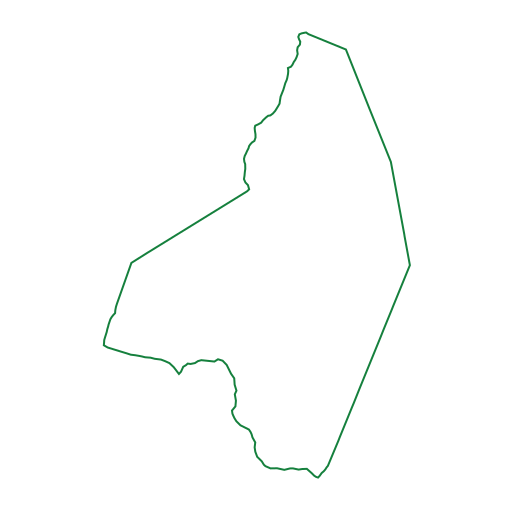 Abaré, Bahia, Brazil, rotated 179°
{"feature_id": "56859067B80599784760755", "entity_name": "Abaré", "entity_type": "district", "adm_level": 2, "iso_a3": "BRA", "parent_name": "Brazil", "parent_adm1": "Bahia", "projection": "mercator", "projection_center": [-39.262, -8.852], "detail": "fine", "context": "isolated", "style": "outline", "palette": "green", "viewbox_px": 512, "rotation_deg": 179, "n_neighbors": 0, "source": "geoboundaries", "source_scale": "gbopen_adm2", "svg_char_len": 2181}
<svg xmlns="http://www.w3.org/2000/svg" viewBox="0 0 512 512"><g transform="rotate(179 256 256)"><path d="M260.1,60.3L258.3,55.2L253.8,50.6L251.8,47.2L250.2,45.7L245.2,43.4L238.6,43.4L231.4,41.7L225.7,43.0L222.8,43.0L217.1,41.7L213.6,42.2L208.9,42.3L204.1,37.9L201.6,35.3L199.8,34.1L197.8,33.4L196.1,35.2L194.1,37.9L192.0,39.6L190.4,41.4L189.1,43.4L187.8,44.9L176.8,70.0L175.5,73.2L162.7,103.0L160.8,107.3L154.5,122.3L132.7,173.1L129.9,179.8L120.9,200.7L120.0,202.9L102.3,244.1L107.1,273.0L107.4,275.3L119.5,347.7L140.1,401.6L162.5,460.9L199.7,476.9L202.0,478.6L204.0,478.3L206.5,477.8L208.8,476.9L209.9,474.3L209.1,471.8L208.0,469.5L208.4,466.6L210.7,464.0L211.3,461.0L210.8,457.3L212.0,454.0L213.3,451.4L214.8,449.4L216.2,446.6L217.8,444.6L220.8,443.4L220.5,440.5L220.8,437.5L221.7,433.2L222.3,431.3L223.7,428.3L224.8,424.7L225.8,421.6L227.1,418.5L228.6,414.9L229.3,411.1L229.8,407.9L231.1,405.7L232.5,403.5L234.3,400.7L236.7,398.1L239.2,396.3L241.4,396.0L243.4,394.5L246.6,391.6L248.5,389.2L251.5,387.6L254.5,386.3L255.1,384.1L254.9,381.2L254.4,377.8L254.4,374.4L255.6,371.1L258.0,369.6L259.7,367.8L261.0,366.0L261.6,363.9L263.2,360.9L264.3,358.5L265.5,356.3L266.3,353.4L266.0,350.4L265.2,348.0L265.2,345.7L265.2,343.3L265.7,340.1L266.1,336.4L266.7,333.1L265.3,329.7L262.8,327.0L261.7,322.8L263.7,320.9L355.4,266.5L361.6,262.8L364.2,261.3L380.7,251.3L395.9,210.6L396.9,207.6L397.6,204.3L397.9,201.3L399.7,199.5L401.4,197.4L402.7,195.3L403.6,192.8L404.6,190.0L405.1,188.0L405.9,185.6L406.6,182.6L407.5,179.9L408.5,176.9L409.2,174.7L409.4,172.2L409.7,169.4L405.9,167.1L392.2,162.6L387.2,161.0L382.9,159.5L378.5,158.9L374.3,158.1L371.6,157.5L368.7,156.7L365.7,156.4L363.3,156.2L359.1,155.0L352.8,154.1L348.6,152.4L344.4,150.4L340.2,146.3L335.1,139.4L333.0,141.6L330.7,146.5L327.9,148.1L326.2,149.6L323.3,149.2L318.9,150.0L315.9,151.9L312.5,152.8L299.4,151.2L295.8,153.4L291.2,151.9L287.2,147.6L283.0,138.7L279.9,134.1L279.6,127.7L277.9,121.7L279.6,118.1L278.6,111.7L279.2,106.0L282.7,101.9L282.3,98.7L281.4,96.5L280.3,94.1L278.5,91.1L274.5,87.0L266.1,82.6L264.5,80.1L263.5,77.8L262.7,74.7L260.0,69.6L260.7,64.7L260.1,60.3Z" fill="none" stroke="#15803d" stroke-width="2"/></g></svg>